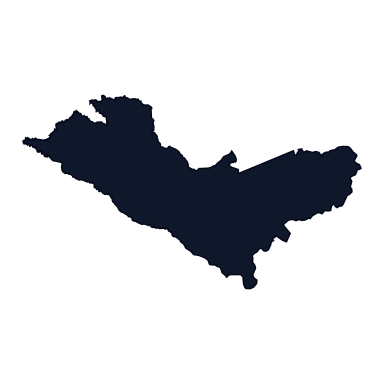 Totoró, Cauca, Colombia (Mercator projection)
{"feature_id": "7082276B94855321058702", "entity_name": "Totoró", "entity_type": "district", "adm_level": 2, "iso_a3": "COL", "parent_name": "Colombia", "parent_adm1": "Cauca", "projection": "mercator", "projection_center": [-76.469, 2.497], "detail": "fine", "context": "isolated", "style": "filled", "palette": "ink", "viewbox_px": 384, "rotation_deg": 0, "n_neighbors": 0, "source": "geoboundaries", "source_scale": "gbopen_adm2", "svg_char_len": 5910}
<svg xmlns="http://www.w3.org/2000/svg" viewBox="0 0 384 384"><path d="M198.7,255.3L204.7,257.7L208.0,260.1L209.5,264.2L210.3,264.7L215.0,264.9L217.2,266.4L219.5,267.0L220.8,268.4L222.1,272.6L225.8,275.8L226.6,277.2L228.9,275.1L230.2,274.6L240.7,274.6L243.0,277.0L243.6,284.1L245.0,287.6L246.2,288.5L250.5,288.6L253.9,286.8L256.6,283.4L256.8,280.1L253.9,278.0L252.7,274.7L255.4,268.5L255.4,267.3L254.5,264.9L252.9,262.8L252.6,261.6L252.8,257.9L252.3,256.2L252.8,254.8L254.3,253.4L257.0,251.9L258.6,249.5L260.1,248.3L261.9,248.5L263.1,250.2L264.3,251.0L266.0,251.1L267.7,250.3L268.8,249.0L270.8,244.4L271.1,242.1L273.5,240.5L272.6,239.0L272.7,238.3L274.8,237.4L276.0,235.7L282.7,240.3L286.4,241.8L290.2,233.4L283.2,225.1L284.6,223.4L288.1,220.4L290.6,219.5L293.3,219.6L295.9,220.6L297.7,220.1L298.3,219.3L301.5,220.3L304.7,220.1L309.0,218.0L310.1,218.6L312.5,215.6L317.8,212.6L318.6,212.5L322.1,213.7L324.6,210.6L328.3,210.9L330.8,210.3L330.7,208.7L331.2,207.9L331.3,206.1L333.9,204.0L334.7,204.2L335.1,206.3L337.0,207.6L338.5,206.6L342.0,205.7L343.0,204.4L347.2,195.4L349.3,194.4L351.9,191.9L351.7,189.1L350.2,187.2L351.7,181.3L350.2,178.6L350.3,177.3L352.5,175.9L355.1,174.8L356.4,172.7L357.0,170.0L360.3,168.9L361.0,168.2L359.4,164.7L356.2,163.2L354.4,161.3L354.4,160.3L356.7,156.1L356.6,154.9L353.4,152.3L350.3,148.3L348.5,146.9L347.2,146.6L343.2,146.4L338.0,147.3L334.8,149.8L331.3,150.4L329.4,151.2L329.0,152.3L326.7,152.1L324.7,152.8L322.3,154.4L321.5,156.0L318.8,152.4L316.0,151.6L312.4,152.5L306.5,150.9L303.7,152.3L301.9,149.8L301.8,149.0L299.9,149.2L298.6,149.5L298.9,149.8L298.7,151.1L297.5,152.5L296.7,154.5L295.8,155.2L294.7,155.3L293.4,150.8L238.4,173.6L238.3,169.6L231.9,167.4L229.3,165.8L228.7,165.0L229.7,164.5L229.8,163.3L232.1,162.3L233.3,162.5L234.4,161.4L235.4,162.0L236.1,160.9L236.1,158.7L234.9,155.7L231.7,151.1L230.3,153.4L228.8,154.5L223.6,156.8L221.2,160.3L217.6,163.1L215.3,165.6L213.2,166.1L210.8,167.6L208.0,168.2L198.9,168.6L197.6,170.4L195.7,170.7L194.0,169.4L192.2,169.3L188.6,167.3L187.9,165.8L188.2,164.3L186.8,161.1L186.0,160.8L185.4,159.2L183.9,157.7L183.2,157.7L182.5,157.1L182.4,155.7L180.1,154.0L179.1,152.0L176.2,149.6L170.5,147.1L169.7,146.3L168.4,146.9L168.0,148.1L167.4,148.4L165.3,148.5L162.6,147.1L160.6,146.9L160.4,144.2L159.7,143.0L158.8,142.5L157.8,140.1L157.7,138.8L157.1,138.1L157.1,136.2L154.2,132.5L152.2,132.1L151.8,131.1L151.9,130.8L153.6,130.4L153.9,126.5L153.1,124.0L153.1,122.6L153.8,120.3L151.4,117.8L151.0,109.5L151.8,108.3L151.2,107.1L148.3,105.1L144.6,105.1L142.8,104.4L141.1,102.6L140.9,101.2L138.9,100.8L138.1,99.2L136.8,99.5L135.4,98.8L134.4,99.1L133.2,98.7L132.0,99.2L129.9,99.3L128.6,98.9L127.5,97.9L126.6,98.1L125.1,97.2L125.0,96.1L124.3,95.9L123.7,96.9L122.7,97.5L120.3,97.1L119.0,97.6L115.7,97.6L115.1,98.4L115.5,99.9L114.9,100.2L109.5,97.9L109.0,98.5L107.7,98.1L106.0,98.4L105.3,97.8L105.0,96.5L103.2,95.4L101.8,95.8L102.0,98.4L102.5,99.8L100.3,101.8L98.1,101.4L97.3,101.8L96.4,100.3L95.6,99.9L93.2,100.3L91.9,100.1L89.7,101.0L90.1,102.1L90.1,103.5L91.0,102.3L91.5,103.0L92.3,103.0L93.2,104.9L93.2,105.7L94.6,106.4L95.5,108.6L96.5,109.1L96.2,111.6L96.7,111.6L97.5,110.4L98.5,110.7L99.8,113.2L101.3,113.5L102.6,114.7L103.1,114.7L103.0,115.7L103.4,116.3L106.0,116.7L106.8,120.5L106.8,125.3L105.8,125.5L105.0,124.1L102.4,123.2L101.5,122.0L97.2,122.2L95.4,123.3L93.1,122.8L92.5,121.9L91.8,121.9L89.9,120.9L89.7,120.3L88.4,119.9L89.1,119.3L89.0,118.9L87.3,118.2L87.0,116.6L84.8,116.8L84.3,115.6L83.5,116.1L81.4,115.8L81.3,114.4L80.3,113.5L80.0,113.6L80.2,114.1L79.8,114.0L77.9,111.9L76.9,111.8L77.1,111.3L76.3,110.6L75.3,112.2L74.5,111.5L74.1,111.7L73.6,113.8L72.3,115.1L71.8,117.0L71.2,117.4L70.7,117.1L69.5,118.2L68.8,120.1L67.0,119.6L65.5,120.3L63.7,122.8L63.1,122.4L62.9,121.2L62.3,121.0L61.3,121.5L60.6,122.7L58.8,122.2L57.7,123.4L56.3,123.7L55.9,125.6L56.6,128.3L56.3,129.7L54.7,129.1L54.7,130.6L53.2,131.8L52.9,132.6L52.0,132.8L52.1,133.9L51.7,133.6L51.3,134.5L50.7,134.1L50.6,135.1L49.4,135.4L50.3,136.4L50.3,137.9L49.3,137.7L48.8,138.6L47.8,138.8L47.5,140.4L46.8,140.4L46.5,139.4L45.8,139.7L45.5,140.4L44.7,139.8L44.0,140.4L39.4,139.5L38.1,139.7L35.3,138.2L34.9,138.3L34.2,140.1L32.6,138.5L31.6,139.5L30.8,139.4L30.4,139.8L28.8,138.5L28.1,139.3L28.1,137.9L27.6,137.6L26.8,138.0L26.4,138.9L25.6,138.1L25.3,140.3L23.4,140.6L23.7,141.4L23.0,141.9L24.1,143.9L25.9,143.6L27.3,144.9L27.7,143.6L29.0,144.4L29.1,145.2L29.9,146.3L30.6,146.0L31.3,144.7L32.9,145.8L32.7,146.7L33.0,147.2L34.6,147.5L35.7,148.5L35.9,148.2L35.3,147.5L36.7,148.3L37.0,151.0L38.0,151.3L38.0,152.1L38.7,151.9L39.4,150.8L40.0,152.0L40.9,151.3L41.6,151.3L42.0,152.0L41.5,153.7L42.1,154.0L43.4,153.5L44.7,156.5L47.6,156.9L47.9,156.3L47.4,154.8L49.5,156.2L49.7,157.3L51.0,158.1L51.4,159.2L52.9,160.6L55.1,161.1L56.4,160.9L57.2,161.5L61.6,162.3L62.0,163.0L62.0,164.2L62.5,164.8L61.6,166.1L62.1,170.5L63.1,171.9L65.3,173.5L66.7,173.1L69.4,174.3L71.1,174.5L72.5,175.8L72.9,177.0L74.2,177.1L76.3,178.9L77.7,179.0L79.0,180.1L80.5,179.6L83.1,180.1L87.1,181.9L89.5,181.9L89.7,182.8L90.8,182.6L91.8,183.1L92.5,182.7L93.1,183.5L94.4,183.9L94.2,187.2L94.9,187.7L95.8,187.6L96.7,189.4L98.3,188.9L99.0,189.1L98.6,190.7L99.0,191.3L99.7,191.5L100.8,190.4L102.6,192.9L105.1,194.4L106.2,194.0L109.5,194.7L111.2,197.7L112.3,198.9L112.4,200.6L113.0,202.0L114.0,202.7L115.0,204.4L117.0,206.2L119.5,210.5L121.3,211.9L123.5,212.7L127.9,215.5L128.4,216.6L129.9,216.6L132.4,218.4L132.2,219.8L132.6,220.4L134.5,221.2L135.8,221.1L137.1,222.2L141.3,224.1L142.6,224.3L143.7,223.9L146.9,224.7L148.0,225.4L149.1,224.9L150.4,225.2L150.7,225.6L150.5,226.1L152.2,227.4L154.6,227.2L155.7,228.1L157.6,227.8L159.7,228.5L163.9,228.2L165.2,229.1L166.6,228.3L168.1,229.6L168.6,230.9L171.0,232.3L172.1,233.8L172.2,235.3L173.2,236.4L176.3,237.0L178.2,238.8L179.8,239.4L180.6,241.7L183.6,244.0L184.9,245.9L185.6,247.9L190.7,251.2L193.8,254.6L198.7,255.3Z" fill="#0f172a" stroke="#020617" stroke-width="1.5"/></svg>